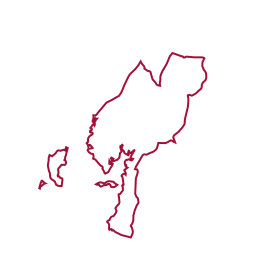 Veraguas, Equal Earth projection, rotated 29°
{"feature_id": "PAN-1341", "entity_name": "Veraguas", "entity_type": "Province", "adm_level": 1, "iso_a3": "PAN", "parent_name": "Panama", "parent_adm1": "", "projection": "equal_earth", "projection_center": [-81.249, 8.046], "detail": "fine", "context": "isolated", "style": "outline", "palette": "rose", "viewbox_px": 256, "rotation_deg": 29, "n_neighbors": 0, "source": "natural_earth", "source_scale": "10m", "svg_char_len": 5777}
<svg xmlns="http://www.w3.org/2000/svg" viewBox="0 0 256 256"><g transform="rotate(29 128 128)"><path d="M130.6,40.9L133.9,40.3L137.8,39.7L141.5,38.9L142.2,39.4L142.9,39.2L143.7,38.4L144.4,37.3L151.2,34.3L157.8,30.7L159.3,30.0L161.0,30.0L161.0,31.0L161.0,31.3L161.2,33.7L161.5,34.8L162.0,36.1L162.9,37.5L163.5,38.3L165.1,39.6L166.6,40.6L168.1,41.2L169.1,41.8L169.7,42.3L171.6,45.1L172.2,46.4L172.6,48.1L172.2,49.9L171.7,51.3L171.4,52.7L171.8,54.8L172.2,55.8L172.6,56.4L172.8,57.1L173.0,57.9L171.6,61.5L170.6,64.9L168.2,68.7L165.5,69.3L164.5,70.5L166.4,72.8L168.1,75.9L170.2,80.7L173.5,92.6L175.6,97.2L175.3,100.9L174.1,106.8L171.8,112.2L172.1,114.2L176.2,117.8L174.2,118.0L173.5,117.8L172.3,117.7L171.4,118.1L169.5,121.3L168.1,123.0L165.0,124.7L161.8,126.3L163.1,131.4L163.0,133.2L162.1,135.5L161.4,136.8L158.9,139.8L157.1,142.4L154.9,143.2L154.5,143.7L154.0,144.8L153.7,158.0L154.1,160.6L156.1,159.9L156.9,160.4L157.4,160.9L158.0,162.1L158.5,163.9L159.1,167.3L159.6,168.9L166.3,182.2L168.9,184.2L170.6,184.7L171.2,185.2L173.4,188.2L173.2,191.5L173.8,196.5L175.2,202.1L177.4,206.2L178.0,208.9L178.0,210.6L177.8,211.8L177.9,212.4L179.2,212.9L180.0,213.6L181.8,215.4L182.7,216.7L183.2,218.3L183.5,222.4L174.0,224.8L167.0,225.1L165.2,224.5L164.7,224.5L164.2,225.2L163.8,225.4L163.3,225.2L162.9,224.5L162.3,224.5L161.1,226.0L160.1,225.2L158.7,222.2L158.3,221.6L157.6,221.1L156.9,220.7L156.0,220.5L155.2,220.1L155.2,219.3L155.6,218.5L156.0,218.1L156.4,217.6L156.3,215.1L156.4,214.1L156.8,213.3L157.8,212.3L158.1,211.7L158.4,210.2L158.5,208.0L158.2,206.1L155.9,204.3L156.0,202.1L156.9,198.5L156.5,197.0L153.3,192.4L153.0,192.2L152.4,191.4L152.0,190.5L153.0,189.7L153.2,188.7L153.3,187.5L153.6,186.5L153.8,185.2L152.9,183.5L151.8,182.1L150.9,181.3L150.9,180.5L151.6,180.5L151.6,179.7L147.4,174.1L146.5,173.4L145.8,173.2L145.5,172.8L145.6,171.7L146.1,170.6L146.7,169.9L147.6,169.7L148.6,170.0L148.2,169.0L147.2,168.0L146.1,167.2L145.3,166.9L145.2,166.4L146.8,162.9L145.9,162.9L145.0,162.8L144.3,162.5L143.8,162.0L144.1,161.9L144.3,161.9L144.5,161.8L144.5,161.3L142.4,160.7L141.6,159.1L141.7,157.3L142.3,156.5L142.8,156.2L143.2,155.7L143.8,155.1L144.7,154.9L145.8,154.9L146.7,154.7L147.3,154.0L147.4,152.5L146.8,152.5L144.9,154.0L144.3,150.9L144.5,143.6L142.6,148.3L141.3,149.9L140.3,147.6L139.7,147.6L139.9,148.9L140.2,149.8L140.7,150.4L141.5,150.9L141.5,151.7L137.6,151.7L136.8,151.4L135.7,150.3L134.6,150.1L132.4,149.2L132.0,147.4L131.8,145.7L130.2,145.2L131.0,145.7L131.3,146.1L131.4,146.9L130.2,147.4L130.4,148.3L132.0,150.1L133.5,151.2L133.7,151.3L133.6,152.3L133.4,153.2L133.2,153.9L134.8,157.9L134.0,161.0L132.0,163.4L130.2,165.2L129.8,164.3L129.7,163.7L129.9,163.3L130.2,162.9L130.2,162.0L129.0,161.9L127.8,162.0L127.8,162.9L128.7,163.2L129.2,163.9L130.2,166.0L129.0,166.6L128.5,166.5L127.8,166.0L128.4,167.4L129.0,168.4L129.5,168.4L130.7,167.6L132.0,166.9L132.3,168.2L132.0,173.3L132.2,174.6L132.2,175.4L132.0,176.5L131.6,177.0L130.6,178.2L130.2,178.9L129.5,178.9L128.8,178.2L126.0,176.2L125.4,176.1L124.9,174.6L123.9,174.1L121.9,174.1L114.7,171.4L112.3,171.7L112.0,170.3L111.4,169.2L110.7,168.3L110.0,167.7L108.0,168.4L105.4,168.1L103.5,167.0L103.4,165.2L104.1,164.9L105.7,163.8L106.7,162.6L103.3,161.2L102.4,161.6L102.3,163.6L100.3,161.7L99.2,161.3L99.2,160.5L99.8,159.4L99.3,158.5L98.5,157.4L98.1,156.1L98.3,154.2L98.7,152.9L99.9,150.9L99.9,150.1L99.3,149.5L98.6,149.3L98.0,149.5L97.5,150.1L96.9,150.1L96.3,149.3L96.3,148.4L97.1,147.5L97.1,146.7L96.4,146.1L95.1,146.1L95.4,144.3L95.5,142.4L96.0,141.3L97.5,142.1L97.3,141.0L96.9,140.3L95.7,138.9L96.1,138.0L96.0,136.3L96.3,134.9L95.2,135.5L94.7,135.3L94.6,136.9L95.0,138.5L95.1,139.4L94.8,139.7L94.2,139.6L93.7,139.2L93.5,138.6L93.4,137.7L93.1,136.4L91.6,133.6L93.4,132.9L93.8,132.0L94.2,130.6L94.3,129.2L96.6,117.5L96.9,116.4L97.3,115.5L99.4,112.7L103.8,105.4L104.3,104.8L104.4,104.6L104.6,104.0L104.9,100.5L104.6,97.0L104.1,93.4L103.8,89.0L103.5,83.2L103.5,81.5L103.8,79.5L105.8,73.1L106.6,68.4L106.8,63.6L109.0,65.1L111.6,66.0L112.6,66.6L113.1,67.0L113.5,68.1L117.6,68.5L119.8,67.9L120.6,68.2L124.6,72.3L126.1,73.6L129.6,74.8L131.5,75.8L132.4,76.2L133.2,76.2L135.6,75.5L134.2,73.7L133.5,71.8L133.2,70.8L132.8,69.8L132.1,68.8L131.4,67.3L130.8,64.9L130.5,60.6L130.8,53.5L129.8,44.9L130.4,41.9L130.4,41.3L130.6,40.9ZM91.5,203.7L92.5,204.4L95.1,204.1L95.7,204.9L98.1,210.9L96.5,211.8L94.6,212.5L92.8,212.5L89.8,210.2L86.0,209.8L84.4,209.3L83.5,208.3L81.4,205.2L79.7,203.9L76.1,199.7L74.1,194.2L73.4,193.3L73.2,192.8L72.5,189.7L72.9,189.6L74.7,189.6L75.5,189.3L75.5,188.8L76.6,186.2L77.0,184.7L77.0,183.7L77.1,182.8L77.6,181.7L78.3,181.1L79.9,180.7L82.3,178.3L83.2,177.6L83.2,178.1L83.8,178.1L83.6,177.2L83.4,175.7L83.2,174.8L83.8,174.8L83.8,175.7L84.4,175.7L84.3,175.1L84.5,174.9L85.0,174.8L87.0,182.4L87.1,183.7L87.2,184.0L87.9,185.4L88.0,185.7L87.9,186.6L87.9,186.9L88.2,187.0L88.9,186.8L89.2,186.9L90.0,187.6L90.5,187.9L90.8,188.6L90.9,190.5L90.4,191.0L87.7,192.4L87.6,193.2L86.9,196.6L86.7,197.2L87.3,198.7L88.8,200.5L89.2,201.7L89.3,202.9L89.7,203.9L90.3,204.3L90.9,203.7L91.5,203.7ZM136.2,184.5L137.3,183.7L138.9,183.0L141.5,182.1L142.6,182.6L143.8,182.8L146.2,182.9L145.2,185.3L144.5,186.5L143.5,186.9L142.6,187.5L141.9,187.7L141.2,187.3L140.6,186.7L140.1,186.3L139.6,186.2L138.8,186.1L137.9,186.4L137.4,187.0L137.1,187.8L136.7,188.4L134.3,190.1L133.1,192.0L132.6,192.4L131.8,192.4L131.0,192.2L130.4,191.9L130.2,191.7L127.8,192.8L127.3,192.8L128.1,191.3L128.9,190.1L129.8,189.2L130.9,188.6L134.0,188.0L134.9,186.9L135.4,185.6L136.2,184.5ZM79.0,216.5L79.9,216.1L80.6,216.2L81.4,216.5L82.6,216.5L81.5,217.7L80.4,220.7L79.6,222.2L80.0,222.7L80.3,223.7L79.6,223.7L78.3,218.4L78.4,217.4L78.1,216.7L78.0,216.3L78.4,215.7L78.8,215.7L79.0,215.8L79.1,216.0L79.0,216.5Z" fill="none" stroke="#9f1239" stroke-width="2"/></g></svg>